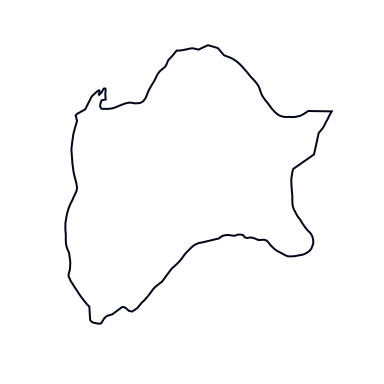 Al Maghrabah, Hajjah, Yemen (Robinson projection), rotated 191°
{"feature_id": "15242507B35266123167790", "entity_name": "Al Maghrabah", "entity_type": "district", "adm_level": 2, "iso_a3": "YEM", "parent_name": "Yemen", "parent_adm1": "Hajjah", "projection": "robinson", "projection_center": [43.629, 15.902], "detail": "fine", "context": "isolated", "style": "outline", "palette": "ink", "viewbox_px": 384, "rotation_deg": 191, "n_neighbors": 0, "source": "geoboundaries", "source_scale": "gbopen_adm2", "svg_char_len": 4062}
<svg xmlns="http://www.w3.org/2000/svg" viewBox="0 0 384 384"><g transform="rotate(191 192 192)"><path d="M63.9,160.1L63.5,162.2L63.2,165.4L63.2,165.5L64.1,168.5L65.3,171.2L67.4,173.8L69.6,175.4L72.1,177.1L74.2,179.0L76.4,181.0L78.7,183.4L80.7,185.7L82.9,187.5L84.9,189.6L86.8,192.1L88.7,194.4L90.3,197.1L91.3,200.1L92.0,203.4L92.7,206.9L93.5,209.8L94.5,213.3L95.5,217.0L96.4,220.8L97.0,223.7L97.1,226.9L97.3,230.5L97.0,234.0L79.4,252.2L78.9,274.1L77.2,277.1L75.5,280.4L74.6,283.4L73.7,286.7L72.7,289.6L71.9,292.8L70.9,296.0L70.2,297.8L93.4,293.7L95.4,291.6L97.8,289.4L100.2,287.5L103.3,286.1L106.0,285.1L108.9,284.5L111.8,284.1L114.4,283.5L117.1,283.3L119.7,283.6L120.2,283.6L122.7,284.5L125.4,286.0L127.8,287.7L130.1,289.5L132.6,291.8L135.1,294.1L137.3,295.9L139.8,298.2L141.9,300.5L143.8,303.5L145.2,306.1L147.1,308.9L149.6,311.3L151.9,313.2L154.2,314.8L156.8,316.7L158.9,318.5L161.2,320.4L163.4,322.1L165.6,323.8L167.9,325.5L170.4,327.2L172.9,328.6L175.4,329.7L178.2,330.7L179.7,331.1L186.6,332.3L194.1,338.2L203.0,339.1L204.6,339.0L212.8,333.0L216.1,333.2L218.0,333.2L218.9,333.2L221.7,332.3L224.3,331.1L226.9,330.0L229.6,329.0L232.1,328.2L234.1,327.9L234.3,327.4L235.9,324.5L237.3,321.8L238.9,319.4L240.6,316.5L241.3,312.5L242.3,309.7L242.8,309.1L246.2,305.1L247.7,302.3L248.8,299.5L249.5,296.4L250.3,293.5L251.4,290.7L252.5,287.7L253.6,284.4L254.3,281.5L254.9,278.1L255.6,274.9L256.3,273.6L257.1,271.9L259.4,269.8L262.0,268.8L265.2,268.1L267.8,268.1L270.6,267.8L273.2,266.8L275.8,265.4L278.3,263.8L280.7,262.2L282.5,261.0L283.2,260.6L285.7,259.1L288.3,258.2L290.9,257.4L293.8,256.9L296.7,256.4L298.7,258.7L298.7,261.7L298.3,264.7L294.4,266.3L295.8,271.6L296.3,276.2L297.1,277.1L298.4,276.6L300.0,272.0L300.4,271.4L301.7,269.7L302.2,270.3L301.7,272.2L301.9,273.0L302.4,274.0L303.1,273.9L305.1,271.6L306.8,269.3L308.7,266.6L312.6,252.7L319.5,247.0L320.8,244.9L320.7,244.8L318.4,239.8L318.9,234.6L319.1,232.8L319.3,229.0L319.5,226.1L319.1,218.1L319.0,216.7L318.5,210.7L315.7,200.5L315.3,198.9L314.9,197.3L314.3,195.6L313.5,193.2L312.9,191.4L312.2,189.4L311.5,187.7L310.7,185.9L310.0,184.4L309.2,182.7L308.2,180.7L307.3,178.8L306.8,177.3L305.9,175.1L305.6,173.3L305.5,171.6L305.9,169.5L306.4,167.4L306.9,165.5L307.4,163.7L307.7,161.9L308.3,159.9L308.8,158.1L309.2,156.5L309.6,154.6L310.0,152.5L310.2,150.6L310.4,148.5L310.5,146.8L310.5,145.1L310.5,143.0L310.4,141.1L310.4,138.9L310.3,137.1L310.2,136.8L309.9,135.0L309.5,133.0L309.1,130.8L308.6,129.0L308.0,126.9L307.5,125.0L307.2,123.2L306.8,121.0L306.3,119.0L305.7,116.8L304.9,115.0L304.1,113.3L303.0,111.6L302.0,110.1L300.9,108.5L300.4,106.9L299.7,104.8L299.0,102.8L298.4,100.9L297.9,99.2L297.7,97.3L297.4,95.3L297.2,93.5L297.1,91.7L297.4,88.5L297.3,86.9L296.9,85.3L295.7,84.0L295.0,82.7L293.9,81.3L293.6,80.9L292.6,79.9L291.2,78.5L289.9,77.1L288.7,75.8L287.5,74.7L286.4,73.5L285.1,72.2L283.8,70.8L282.5,69.5L281.3,68.4L280.0,67.2L278.8,66.1L277.6,65.0L276.2,63.9L276.0,63.7L275.0,62.8L273.6,61.7L272.3,60.8L270.9,59.9L268.1,49.0L267.5,46.9L266.3,45.7L263.8,44.9L261.0,44.9L258.7,44.9L256.5,45.4L255.5,47.2L254.2,50.9L252.8,53.1L250.8,54.8L249.3,55.4L247.0,56.7L246.9,56.7L238.7,65.7L237.1,66.0L235.3,65.7L233.3,64.5L231.1,63.3L228.1,63.2L225.8,65.3L223.3,67.9L222.5,69.7L221.4,71.4L220.2,73.8L218.5,76.0L217.0,78.6L215.5,81.1L214.3,83.5L213.1,86.0L211.9,88.6L210.6,91.0L205.9,96.6L204.5,97.9L197.4,112.8L195.2,115.7L193.5,118.0L192.1,120.0L190.7,122.2L189.2,125.0L188.0,127.8L186.4,130.8L184.4,133.9L182.5,136.7L181.1,138.7L179.3,140.6L177.3,142.1L175.3,143.4L172.9,144.2L156.6,151.6L156.0,152.5L153.6,154.8L150.4,156.2L147.6,156.8L144.3,156.9L141.6,157.2L139.2,158.8L136.3,159.5L133.6,159.4L131.5,157.5L128.8,157.4L125.9,158.6L123.2,158.6L120.5,158.2L117.7,157.5L114.9,158.2L112.2,158.9L109.5,158.6L107.1,156.9L104.9,154.8L102.5,153.3L101.0,152.3L100.0,151.7L97.1,150.4L94.4,149.6L94.1,149.5L91.4,148.7L88.7,147.8L86.1,147.2L83.3,147.5L80.5,148.2L77.9,149.0L75.0,150.2L72.3,151.2L70.0,152.4L69.8,152.5L67.5,154.4L65.5,156.5L64.1,159.0L63.9,160.1Z" fill="none" stroke="#020617" stroke-width="2"/></g></svg>